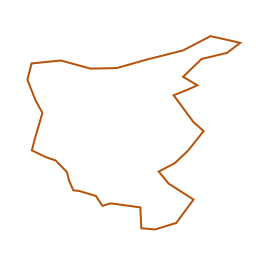 the district of Agios Dometios, Cyprus, rotated 185°
{"feature_id": "46923920B17515684625849", "entity_name": "Agios Dometios", "entity_type": "district", "adm_level": 2, "iso_a3": "CYP", "parent_name": "Cyprus", "parent_adm1": "", "projection": "mercator", "projection_center": [33.316, 35.179], "detail": "fine", "context": "isolated", "style": "outline", "palette": "amber", "viewbox_px": 256, "rotation_deg": 185, "n_neighbors": 0, "source": "geoboundaries", "source_scale": "gbopen_adm2", "svg_char_len": 608}
<svg xmlns="http://www.w3.org/2000/svg" viewBox="0 0 256 256"><g transform="rotate(185 128 128)"><path d="M56.5,62.4L82.7,76.2L93.6,87.3L78.5,96.9L66.2,110.7L52.4,131.5L63.4,139.7L85.4,164.6L71.7,171.5L62.6,176.6L77.6,183.8L60.7,203.2L35.9,211.5L23.6,222.6L53.8,226.7L79.9,210.1L115.6,197.7L144.5,186.7L170.6,183.9L200.8,189.4L229.7,183.9L232.4,167.3L222.8,148.0L214.6,135.6L220.1,107.9L221.8,97.3L207.8,92.0L197.2,89.3L184.9,78.7L182.3,70.8L177.0,61.1L171.7,61.1L154.1,57.5L146.6,48.2L139.0,51.4L108.8,50.0L106.0,29.3L92.3,29.3L71.7,37.6L56.5,62.4Z" fill="none" stroke="#b45309" stroke-width="2"/></g></svg>